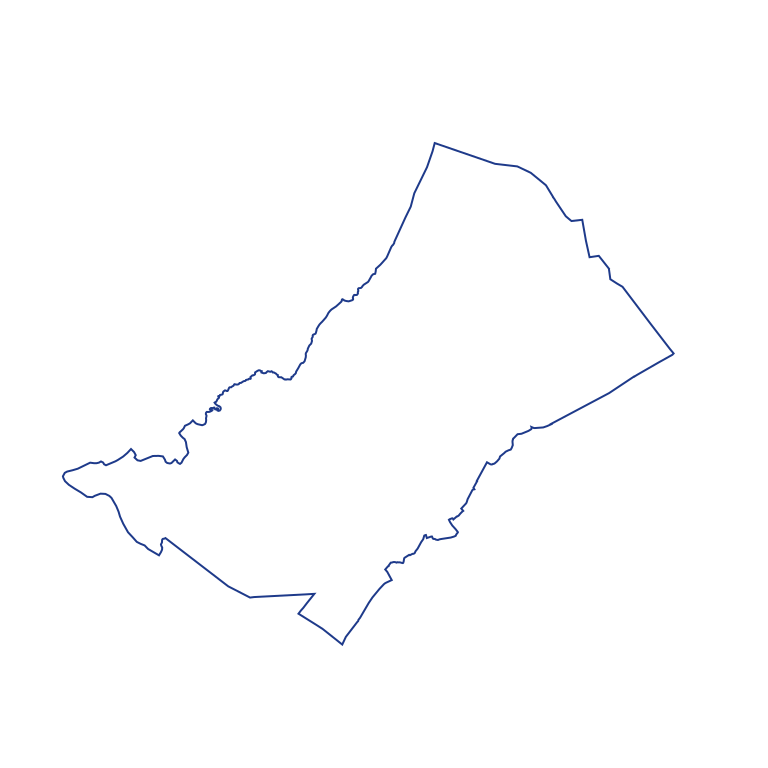 Kota Banjar Baru, Kalimantan Selatan, Indonesia (Albers equal-area conic projection), rotated 117°
{"feature_id": "22746128B6711072078761", "entity_name": "Kota Banjar Baru", "entity_type": "district", "adm_level": 2, "iso_a3": "IDN", "parent_name": "Indonesia", "parent_adm1": "Kalimantan Selatan", "projection": "albers", "projection_center": [114.83, -3.484], "detail": "fine", "context": "isolated", "style": "outline", "palette": "blue", "viewbox_px": 768, "rotation_deg": 117, "n_neighbors": 0, "source": "geoboundaries", "source_scale": "gbopen_adm2", "svg_char_len": 6142}
<svg xmlns="http://www.w3.org/2000/svg" viewBox="0 0 768 768"><g transform="rotate(117 384 384)"><path d="M146.3,448.2L154.6,446.4L171.3,444.1L200.3,443.6L213.8,440.7L226.0,440.5L251.1,439.4L252.7,439.3L253.9,438.9L256.0,439.1L256.9,439.5L258.6,439.7L268.8,439.1L270.8,439.1L279.4,441.4L284.9,443.5L287.5,442.5L289.8,441.9L291.1,443.5L293.2,444.2L294.8,444.2L299.4,444.4L300.4,444.6L304.7,447.1L306.5,447.6L307.7,447.7L308.8,448.1L309.5,449.0L310.0,449.9L310.5,450.2L311.0,450.3L311.5,450.1L312.8,449.1L313.8,449.1L314.2,449.0L314.8,448.5L315.4,448.3L316.9,448.6L317.6,449.6L317.9,450.6L318.4,451.1L320.1,451.2L321.4,450.9L322.1,450.2L322.8,449.9L323.8,450.4L326.4,453.0L327.1,455.0L327.6,457.2L327.3,458.6L327.4,459.6L327.9,459.8L328.5,459.7L329.0,459.4L330.0,459.4L336.6,461.9L341.4,464.6L343.1,465.2L344.4,465.5L346.0,465.8L348.9,465.8L351.2,466.0L356.7,467.4L358.1,467.9L360.3,468.5L362.2,468.7L365.5,468.9L367.0,468.4L369.5,467.9L370.3,467.9L371.5,468.8L371.9,469.3L372.6,469.6L373.4,469.5L373.9,469.1L374.6,468.9L375.2,469.0L376.6,469.0L378.3,467.7L381.1,467.2L383.6,468.0L387.2,467.9L388.2,467.5L389.4,467.4L392.0,467.6L392.9,467.3L394.3,466.4L395.9,465.8L399.8,465.1L401.8,465.6L402.4,466.4L403.2,467.1L404.6,467.5L408.9,467.6L412.8,467.9L414.5,467.5L415.6,467.8L417.1,468.5L418.6,468.5L419.4,469.4L419.9,469.6L420.4,469.4L420.7,469.1L422.0,469.1L422.4,469.3L423.7,472.3L424.3,472.9L424.6,473.8L424.9,474.0L425.1,474.9L424.6,478.5L425.7,480.8L425.5,481.9L424.2,482.7L424.3,483.8L423.8,484.8L423.7,487.5L424.2,488.3L423.7,489.6L423.7,490.0L424.7,490.8L425.3,493.3L426.7,494.0L427.7,494.2L428.4,495.0L429.1,496.2L429.4,498.5L429.1,498.7L428.8,498.5L428.1,498.7L428.3,499.6L428.2,500.8L428.8,502.0L429.9,502.8L432.2,504.1L433.7,503.4L434.2,503.4L435.6,504.3L436.0,505.1L436.5,505.4L436.9,505.5L438.3,506.1L439.7,505.2L440.1,505.4L440.3,506.3L441.0,506.9L441.5,506.9L442.5,508.2L443.1,508.8L443.4,508.7L444.3,509.1L445.1,510.2L446.1,510.9L447.8,511.8L448.7,513.1L449.0,513.2L449.6,513.2L450.5,513.7L451.2,514.6L451.8,516.0L451.9,516.9L452.4,517.3L453.6,517.3L454.0,517.4L455.1,518.2L456.3,518.7L456.9,519.9L457.3,520.2L457.8,520.3L460.7,520.1L461.3,520.3L461.6,520.8L461.7,522.2L461.9,522.8L463.4,523.6L464.4,523.7L466.0,523.2L466.5,523.2L467.1,523.7L468.2,525.1L469.2,525.0L469.5,525.1L469.9,526.1L470.0,526.1L470.4,526.0L470.9,524.9L471.2,524.8L473.4,525.5L475.3,525.4L476.3,525.6L476.6,526.0L477.5,526.5L478.1,525.5L478.5,524.2L478.8,522.6L478.6,520.5L479.0,519.1L479.8,518.4L480.6,518.1L481.2,518.1L482.2,518.3L483.1,519.3L483.2,520.5L483.0,520.8L482.7,520.9L482.0,520.4L481.5,520.5L481.2,520.8L481.3,521.2L481.4,521.8L482.3,522.0L483.0,522.4L483.2,522.8L483.0,523.3L482.0,524.4L482.2,524.8L483.2,525.5L483.4,526.2L484.0,527.3L484.6,527.6L485.2,527.8L485.6,527.7L485.8,527.3L485.3,525.1L486.1,525.3L487.9,526.7L488.4,527.3L489.3,529.2L489.9,529.4L490.6,529.5L491.4,529.2L491.9,528.9L492.6,527.9L493.2,527.6L495.4,527.0L496.8,526.1L498.1,525.6L499.1,525.3L500.8,525.3L501.7,525.9L502.9,526.9L503.3,527.4L504.4,531.8L504.5,533.3L504.4,534.2L503.2,537.8L507.1,539.0L509.0,540.3L511.6,542.4L514.2,542.3L515.4,542.5L518.5,543.6L519.7,544.1L520.7,544.2L522.2,541.8L523.2,538.9L523.6,536.7L525.7,534.1L529.9,531.1L534.0,527.2L536.7,527.3L539.8,528.3L542.0,528.7L546.1,528.7L547.8,529.5L547.8,530.6L547.6,532.5L546.5,533.6L546.1,535.9L550.9,537.5L552.0,538.6L552.8,541.3L552.4,543.3L550.9,544.8L548.9,548.1L550.3,552.1L553.1,557.3L563.0,565.9L563.9,569.0L562.8,572.9L560.1,572.9L558.1,575.8L556.8,579.9L562.0,581.4L567.1,583.5L572.6,586.7L574.8,588.2L582.6,594.8L582.6,596.9L581.5,598.6L581.5,601.0L583.5,602.3L585.0,604.1L586.2,606.4L587.5,610.1L598.5,618.4L602.2,622.3L605.9,626.6L608.1,628.1L612.0,628.2L613.3,627.0L615.4,624.1L616.9,619.0L617.7,612.1L618.2,604.8L619.3,597.3L617.2,592.4L614.9,590.9L610.4,586.8L608.4,582.3L608.4,577.9L609.2,575.1L614.3,567.2L618.3,562.5L622.0,559.0L626.9,552.9L632.3,544.8L634.7,538.2L636.9,532.6L636.9,528.4L636.5,524.0L638.1,519.3L638.8,506.7L635.1,506.4L633.0,506.5L632.2,506.6L630.4,507.4L629.2,509.0L628.2,509.9L626.0,509.9L623.7,510.9L622.9,510.9L622.4,510.7L621.3,509.3L620.5,508.8L635.0,430.9L635.1,406.4L632.8,403.0L607.2,358.6L602.6,350.8L614.2,353.2L620.2,354.3L623.6,355.2L627.5,355.9L629.2,336.7L630.1,327.5L635.1,302.9L626.6,303.2L608.3,299.8L607.0,299.4L605.7,299.7L603.2,299.2L585.9,298.2L579.4,297.4L568.6,295.0L562.4,293.2L560.9,292.5L559.8,291.7L555.2,288.1L549.9,295.8L548.7,298.7L544.7,297.7L544.2,297.2L543.6,297.4L540.3,296.9L540.0,296.8L539.6,296.0L538.4,294.8L537.7,293.4L537.4,291.6L536.8,291.3L536.2,289.8L535.7,288.9L535.2,286.4L535.0,285.9L534.6,285.7L533.3,285.9L530.1,286.9L529.4,286.7L524.8,284.0L524.8,283.2L522.4,281.5L521.8,280.5L520.7,279.9L520.2,279.9L518.8,280.0L515.4,279.3L508.0,279.1L504.5,278.6L500.8,279.3L499.9,278.6L499.5,278.1L501.8,275.9L498.4,272.6L498.1,272.0L499.3,270.6L499.6,269.9L499.5,269.4L499.0,268.4L499.1,267.1L498.5,265.1L497.2,264.0L496.1,262.6L490.5,254.8L488.1,252.3L486.7,251.2L485.2,251.3L482.7,250.8L482.4,251.0L480.8,254.4L479.1,258.9L477.1,262.4L475.5,264.5L474.7,264.1L473.0,262.6L472.6,262.1L472.6,261.7L473.2,260.7L469.0,259.0L468.8,258.6L467.3,257.7L464.9,257.2L462.1,256.3L461.1,255.8L459.9,258.6L452.9,256.6L451.4,256.7L448.7,257.2L438.5,257.1L437.8,256.9L436.8,255.7L435.8,257.2L428.4,256.9L428.3,257.3L407.0,256.7L407.2,252.7L407.0,251.9L406.5,251.1L405.7,250.6L405.4,250.0L404.4,249.3L401.7,248.2L398.1,247.3L395.9,247.7L390.9,245.5L389.1,244.9L386.6,243.0L384.9,241.3L383.0,241.2L380.0,241.5L377.1,243.3L375.6,243.9L375.0,243.8L374.4,244.1L373.9,244.1L373.0,243.7L368.1,242.2L365.9,238.9L360.2,234.0L357.4,232.3L356.4,232.4L355.8,232.7L355.4,233.1L355.2,230.6L354.9,229.8L350.4,222.4L347.4,219.5L343.9,216.7L343.8,217.1L289.9,179.3L263.8,164.6L263.9,164.4L261.2,162.8L240.0,149.0L227.0,140.3L225.3,139.8L222.9,145.3L209.4,173.7L189.1,215.6L188.7,222.1L187.9,229.9L179.4,235.8L179.2,235.8L172.3,250.8L177.7,258.4L164.7,269.1L147.7,281.9L153.7,291.0L152.0,298.2L143.4,313.6L141.6,316.5L140.9,318.1L140.7,318.1L133.4,329.9L129.2,349.1L129.6,364.0L137.4,385.0L146.3,448.2Z" fill="none" stroke="#1e3a8a" stroke-width="2"/></g></svg>